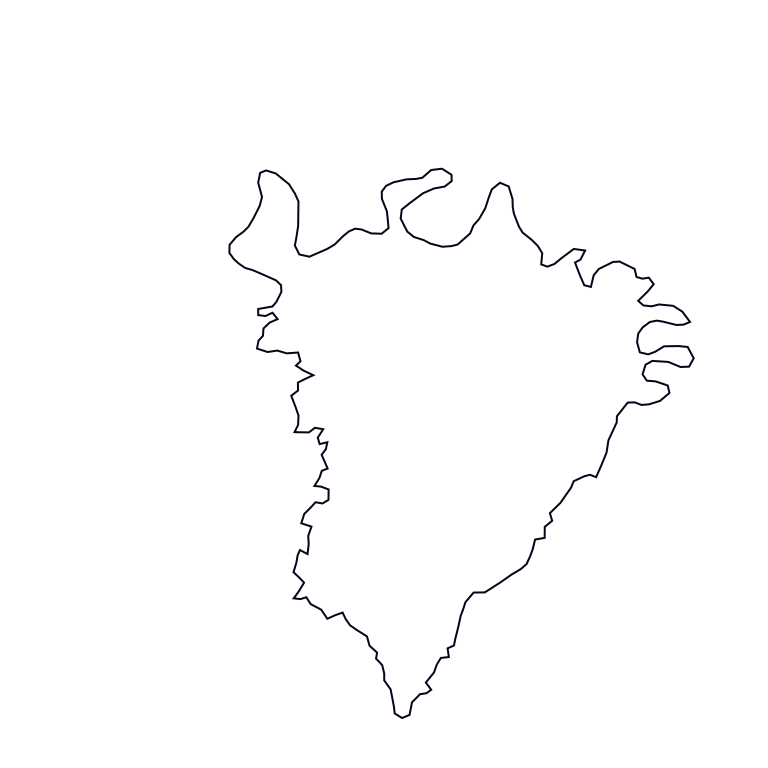 outline of Verê, Paraná, Brazil, rotated 309°
{"feature_id": "56859067B42853932915842", "entity_name": "Verê", "entity_type": "district", "adm_level": 2, "iso_a3": "BRA", "parent_name": "Brazil", "parent_adm1": "Paraná", "projection": "albers", "projection_center": [-52.953, -25.848], "detail": "fine", "context": "isolated", "style": "outline", "palette": "ink", "viewbox_px": 768, "rotation_deg": 309, "n_neighbors": 0, "source": "geoboundaries", "source_scale": "gbopen_adm2", "svg_char_len": 3322}
<svg xmlns="http://www.w3.org/2000/svg" viewBox="0 0 768 768"><g transform="rotate(309 384 384)"><path d="M160.6,448.7L164.3,454.5L169.4,457.8L166.8,465.6L169.1,477.3L165.9,487.7L173.5,491.5L180.3,495.7L177.2,502.2L175.1,509.5L175.7,517.8L177.1,529.7L171.5,537.4L170.9,547.7L165.6,550.6L164.4,559.5L159.2,566.3L153.8,570.7L150.8,581.4L144.2,589.2L139.2,595.1L134.7,599.6L135.8,608.3L142.9,612.1L154.2,606.1L165.6,607.2L170.4,611.6L176.1,613.1L178.3,604.4L191.3,604.4L199.2,601.6L206.9,600.6L212.6,606.2L218.6,599.8L224.8,602.9L230.8,599.8L242.8,594.2L252.3,589.4L257.9,587.6L265.7,584.6L278.3,584.9L285.5,593.5L303.0,599.3L316.0,603.0L326.4,606.8L333.8,608.1L342.0,606.0L348.9,603.7L358.2,599.3L365.5,605.7L374.2,598.8L383.5,600.8L388.0,594.2L402.8,595.9L421.1,594.6L427.9,592.6L438.3,597.7L443.1,601.2L445.1,607.5L458.2,603.9L470.8,600.1L481.4,593.9L500.7,589.0L505.5,585.3L522.9,585.1L527.5,590.4L529.8,597.3L534.8,602.6L544.5,609.1L556.6,611.5L561.4,605.5L557.0,593.5L552.0,586.2L554.2,578.9L563.6,575.1L570.8,578.0L580.1,591.1L583.8,603.7L589.5,610.2L598.9,608.5L603.9,596.7L598.9,589.1L589.5,577.9L579.8,574.5L573.3,570.7L569.6,562.9L575.8,554.3L583.3,549.8L590.8,549.4L599.5,551.6L604.9,556.1L607.9,561.3L613.9,574.1L618.6,579.4L624.8,582.8L628.0,570.3L626.7,559.5L618.9,547.7L612.9,543.2L608.3,536.2L608.6,529.2L622.0,530.7L631.3,530.8L633.3,522.8L628.5,518.6L626.1,512.9L631.1,506.4L627.4,490.0L623.0,485.2L608.7,478.6L600.6,478.5L589.6,483.7L586.8,477.5L591.7,468.0L598.6,456.0L604.2,458.4L614.3,456.3L608.4,446.5L593.3,442.7L584.5,440.9L578.0,437.1L575.9,430.9L585.2,424.7L588.1,416.7L589.0,407.6L588.9,396.5L591.2,389.9L594.9,383.4L598.1,377.8L602.2,373.0L608.7,367.4L616.0,356.6L613.4,347.5L603.1,345.3L595.3,347.9L584.3,352.1L572.1,354.1L563.7,353.7L555.2,356.2L538.6,353.4L533.6,349.6L527.4,343.0L522.2,331.5L520.8,324.2L517.1,314.8L517.1,306.2L523.0,292.9L530.8,288.0L540.8,290.2L556.8,294.3L567.4,299.8L575.6,306.9L584.3,308.9L589.1,304.8L587.8,293.6L580.0,286.0L568.4,284.0L563.8,280.1L557.2,272.7L546.8,264.5L539.3,260.9L532.1,261.2L526.6,265.8L520.0,277.6L513.0,284.6L508.0,289.4L499.3,287.6L493.0,279.3L489.9,269.2L486.5,263.8L480.5,260.7L473.3,259.2L461.1,257.8L452.9,254.7L436.0,245.9L431.4,236.7L435.5,227.6L442.0,224.1L452.7,217.9L472.1,202.6L475.9,195.0L479.5,184.4L479.5,167.4L475.8,158.0L470.2,154.9L461.4,159.4L452.6,171.5L444.2,175.3L430.8,178.2L420.8,179.7L414.2,179.0L405.0,176.6L395.0,176.4L388.6,181.3L386.6,188.6L386.2,195.0L386.8,203.0L389.8,210.1L393.6,223.7L396.6,234.9L396.0,241.8L391.0,246.3L380.0,248.7L374.0,248.5L363.1,239.0L358.4,242.9L362.2,249.1L369.2,252.5L367.5,260.5L359.8,256.5L351.3,255.4L345.3,259.6L338.7,259.2L331.6,263.0L335.6,273.4L342.8,280.0L346.6,289.1L354.4,297.4L349.1,304.8L342.9,304.0L343.8,313.1L346.3,323.5L339.3,320.0L330.9,316.2L324.9,321.3L316.5,319.3L310.6,329.5L305.7,337.4L298.1,343.0L290.3,344.8L299.1,356.1L306.5,357.9L310.6,365.2L300.6,366.3L296.8,371.8L303.1,376.6L296.8,379.8L289.7,380.1L286.2,387.0L282.8,393.4L277.4,390.3L270.2,393.0L261.0,394.1L264.6,399.6L267.2,407.3L259.0,413.8L252.5,411.4L249.0,405.2L242.2,404.8L232.8,403.8L223.7,407.4L227.5,417.4L218.1,420.8L212.4,426.1L203.7,431.6L202.1,423.2L196.5,424.7L189.7,428.5L180.8,432.1L180.2,440.3L179.3,446.9L169.0,448.3L160.6,448.7Z" fill="none" stroke="#020617" stroke-width="2"/></g></svg>